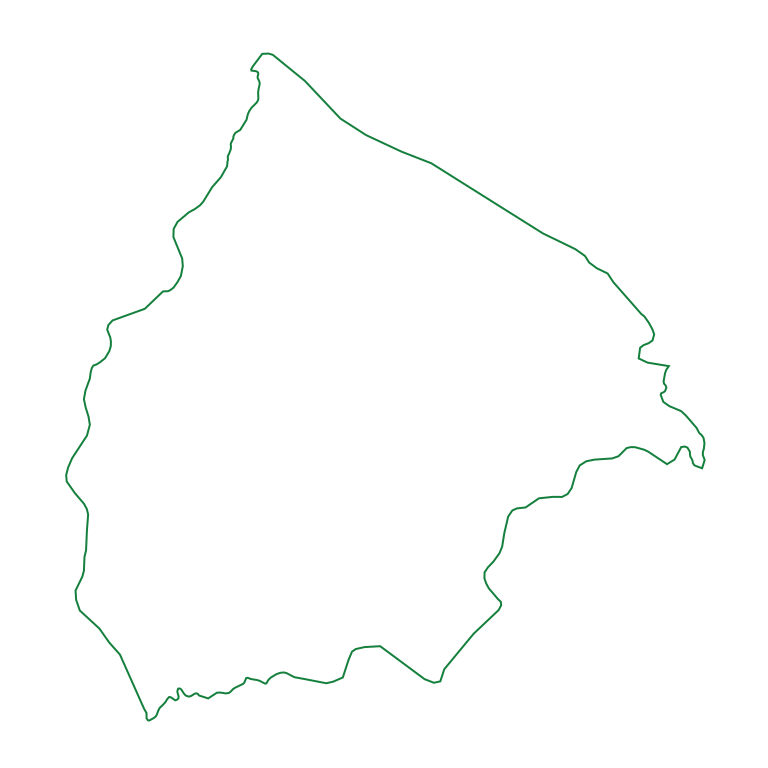 At-Ta'mim, Equal Earth projection, rotated 179°
{"feature_id": "IRQ-3049", "entity_name": "At-Ta'mim", "entity_type": "Province", "adm_level": 1, "iso_a3": "IRQ", "parent_name": "Iraq", "parent_adm1": "", "projection": "equal_earth", "projection_center": [44.125, 35.305], "detail": "fine", "context": "isolated", "style": "outline", "palette": "green", "viewbox_px": 768, "rotation_deg": 179, "n_neighbors": 0, "source": "natural_earth", "source_scale": "10m", "svg_char_len": 3288}
<svg xmlns="http://www.w3.org/2000/svg" viewBox="0 0 768 768"><g transform="rotate(179 384 384)"><path d="M629.7,63.8L652.7,118.0L663.3,130.4L672.8,144.4L692.1,162.8L695.6,173.7L696.0,182.9L689.0,196.6L687.3,202.4L686.5,216.4L684.8,222.8L683.6,242.6L682.1,258.5L683.2,263.9L686.0,269.4L694.9,280.2L702.9,292.0L703.4,298.3L701.3,306.0L697.1,315.3L681.9,337.6L678.8,348.4L680.0,356.5L682.7,365.8L684.3,374.0L682.6,382.6L678.1,394.3L676.9,401.7L675.8,405.1L674.3,407.5L671.2,408.5L667.4,410.8L662.4,414.7L658.1,421.6L656.5,426.6L656.3,431.4L656.9,435.4L659.8,443.1L658.6,447.7L654.3,452.3L621.8,463.4L603.4,480.4L598.1,480.6L595.6,481.9L592.6,484.2L588.7,489.5L585.2,495.5L583.1,505.3L583.6,513.0L592.0,534.6L591.6,542.8L587.6,549.7L576.2,559.0L569.8,562.4L564.7,566.0L561.6,569.4L552.4,583.8L543.5,593.6L537.1,604.4L536.6,609.0L536.2,610.3L536.1,611.3L536.2,612.7L536.2,614.5L534.8,617.2L533.1,621.4L533.0,622.9L532.8,623.8L533.1,625.8L532.8,627.6L530.9,631.0L530.3,632.4L530.3,633.8L529.6,635.6L528.2,637.7L523.3,640.6L516.8,650.7L515.4,656.2L513.9,659.3L511.6,662.6L506.3,667.7L505.0,669.9L504.6,672.0L504.8,677.4L504.4,680.4L503.0,686.4L503.4,688.7L505.0,692.3L505.0,693.6L504.3,696.0L504.4,697.4L505.2,698.4L506.7,699.0L511.1,699.7L511.3,701.0L509.5,704.0L500.0,716.2L493.7,716.4L489.5,715.1L457.8,688.4L422.9,650.1L397.6,633.2L362.2,615.9L332.9,603.9L305.7,586.1L222.5,531.8L190.4,515.5L180.8,508.5L176.8,501.9L169.3,496.1L158.4,490.5L152.9,481.8L125.6,449.6L122.4,446.9L118.2,440.7L114.6,433.8L113.0,428.9L114.8,422.8L118.9,420.1L123.7,418.4L127.3,415.7L128.9,405.1L120.2,400.8L98.9,396.9L101.5,393.3L102.8,389.9L104.4,381.8L104.0,379.5L102.5,377.7L101.7,375.6L103.0,372.2L104.5,370.9L105.9,370.4L107.1,369.8L107.5,368.3L105.0,361.2L99.1,356.9L87.4,351.7L82.8,347.3L72.2,334.6L70.2,330.5L69.3,329.1L67.4,327.5L65.5,324.6L64.6,319.4L65.3,313.8L66.3,310.6L66.5,307.5L64.7,302.4L67.4,294.2L73.7,296.6L75.4,297.6L76.6,299.8L76.8,301.6L77.3,303.1L79.0,306.1L79.3,308.5L79.4,311.1L81.7,315.1L84.2,316.2L87.9,315.8L94.8,303.4L102.4,298.9L121.1,311.8L125.1,313.8L133.9,316.4L138.3,316.6L142.5,315.7L150.8,307.7L157.2,305.6L175.0,304.7L183.1,303.2L189.7,299.2L193.3,292.7L198.2,276.7L202.3,270.8L207.9,268.0L217.2,268.2L231.1,267.0L244.6,258.1L253.4,257.3L257.9,255.3L262.1,249.4L266.3,232.9L268.7,219.3L271.5,212.8L277.8,204.4L283.2,199.0L286.7,194.0L287.0,187.9L285.3,182.8L282.8,177.9L273.6,166.7L271.0,164.2L270.7,160.7L273.3,156.0L298.7,132.8L328.7,97.8L332.9,85.7L339.3,84.4L348.6,88.2L392.4,121.9L408.0,121.3L416.8,119.5L420.7,116.9L424.3,108.7L430.3,91.3L439.9,87.3L446.9,85.8L469.6,90.6L478.7,92.4L486.6,96.7L489.0,97.3L492.4,97.1L496.4,95.9L502.4,92.4L504.8,90.1L506.8,86.7L508.4,86.6L513.5,89.4L516.0,90.2L522.5,91.4L524.4,92.3L525.7,92.6L526.9,92.4L529.0,87.6L530.4,86.5L538.2,82.9L540.5,81.4L542.3,79.4L544.5,77.8L547.6,77.4L552.8,78.3L556.4,78.3L565.3,72.7L574.4,75.8L575.5,77.3L576.7,78.0L578.6,77.7L582.2,75.5L584.7,74.8L587.7,76.0L589.4,77.9L592.1,82.2L593.7,83.2L595.2,82.9L596.0,80.3L595.7,78.5L595.2,76.7L594.8,74.9L595.1,73.1L596.6,71.9L598.3,71.4L602.6,74.5L604.3,74.8L606.4,72.5L608.0,69.9L610.5,67.2L613.9,64.1L615.4,61.4L617.0,57.2L618.2,55.4L620.1,54.0L624.6,51.6L625.9,51.9L627.2,53.8L627.2,59.1L629.7,63.8Z" fill="none" stroke="#15803d" stroke-width="2"/></g></svg>